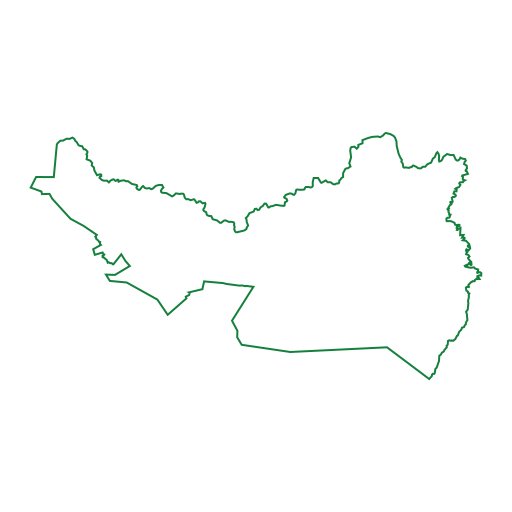 Masinga, Eastern, Kenya (Albers equal-area conic projection)
{"feature_id": "3690345B51887825082332", "entity_name": "Masinga", "entity_type": "district", "adm_level": 2, "iso_a3": "KEN", "parent_name": "Kenya", "parent_adm1": "Eastern", "projection": "albers", "projection_center": [37.619, -0.95], "detail": "fine", "context": "isolated", "style": "outline", "palette": "green", "viewbox_px": 512, "rotation_deg": 0, "n_neighbors": 0, "source": "geoboundaries", "source_scale": "gbopen_adm2", "svg_char_len": 6080}
<svg xmlns="http://www.w3.org/2000/svg" viewBox="0 0 512 512"><path d="M60.3,140.7L57.4,143.4L56.8,144.8L53.8,177.1L36.1,177.0L30.7,187.6L41.4,191.5L42.0,194.1L49.5,193.9L52.2,198.7L70.5,218.8L83.6,225.9L96.8,234.9L95.3,236.7L96.1,237.5L96.1,238.7L98.5,240.8L99.2,242.0L100.1,242.1L99.9,243.8L100.9,244.9L93.2,249.2L94.8,254.8L102.6,252.5L103.1,253.8L104.3,254.5L103.3,255.9L102.6,255.9L102.6,257.2L104.0,257.7L106.8,260.1L107.7,262.7L108.7,262.2L109.8,263.1L111.6,263.1L112.8,264.3L113.4,264.3L121.3,254.3L125.3,260.8L129.8,266.0L115.0,274.9L106.0,274.6L109.8,280.9L126.7,282.5L157.4,299.6L167.7,314.8L186.4,298.4L185.8,296.7L189.1,295.0L189.8,292.6L189.2,292.3L202.4,289.2L204.1,281.4L223.2,283.1L226.2,283.9L239.2,285.6L242.2,285.5L245.6,286.2L246.1,285.9L253.4,286.8L232.0,320.7L237.4,330.8L237.2,337.3L241.7,344.8L290.3,352.0L387.0,347.3L429.2,379.0L431.8,376.1L432.1,374.5L432.8,373.8L434.1,373.9L434.7,373.2L435.4,368.9L436.7,367.6L439.0,361.0L439.3,355.7L440.8,354.7L441.8,352.8L443.7,351.5L444.6,349.8L446.8,347.2L446.6,345.8L447.7,344.7L448.0,340.9L449.2,340.3L450.9,340.8L451.7,340.4L453.0,340.9L455.3,339.1L456.9,335.9L457.8,335.5L459.1,331.9L461.4,329.5L461.9,327.7L464.0,327.1L464.8,325.2L465.8,324.4L465.9,322.6L467.4,320.1L466.8,313.7L466.1,311.8L467.7,309.7L468.4,302.8L468.0,301.0L468.9,297.0L468.7,295.4L469.4,293.5L468.0,292.8L467.9,291.6L466.4,290.6L465.9,287.7L466.4,287.1L467.2,286.9L468.8,287.1L468.9,286.4L468.3,285.3L468.5,284.8L471.4,281.9L472.3,281.7L472.6,281.2L474.6,281.2L475.0,279.9L476.4,279.0L479.5,279.0L478.5,277.3L477.3,277.2L477.4,276.1L479.7,275.3L481.2,275.6L481.3,273.1L479.9,272.1L477.4,272.9L477.2,272.2L478.0,271.1L478.2,269.5L475.2,268.6L473.9,267.3L470.6,267.8L467.6,267.2L467.4,266.4L465.9,266.9L465.2,266.5L464.8,265.8L469.1,263.8L469.1,262.9L469.6,262.6L470.3,264.6L470.9,265.1L471.5,264.8L471.3,262.0L468.7,259.3L468.0,257.9L469.5,256.5L468.3,254.9L466.1,254.2L466.5,252.8L467.5,251.8L467.4,251.2L466.0,250.7L466.1,249.9L466.5,249.3L468.6,250.3L470.2,248.4L469.8,246.2L469.3,245.8L468.3,246.9L467.8,246.4L467.9,245.6L469.3,244.7L469.2,244.1L466.0,240.8L462.8,240.3L464.4,238.8L464.6,237.9L464.2,237.6L462.0,237.7L463.5,235.0L460.1,235.2L460.5,228.0L458.9,228.5L457.5,230.0L456.9,229.9L457.2,229.1L457.2,228.3L456.6,228.0L456.9,226.5L459.5,226.0L459.5,225.0L458.8,224.7L456.7,225.1L455.1,224.7L454.5,222.8L450.9,221.1L446.7,221.1L446.3,219.0L447.2,217.8L449.4,217.6L450.5,214.7L449.2,214.6L449.3,213.7L448.4,211.8L448.7,210.6L447.5,209.3L447.7,208.7L448.6,209.0L449.0,208.5L448.6,207.9L448.8,206.9L450.1,204.9L451.2,204.5L451.6,203.8L450.3,202.6L450.5,201.9L452.2,202.1L452.7,201.7L451.8,197.8L452.8,197.0L454.3,197.0L455.7,196.1L455.8,195.2L455.3,194.6L453.5,193.6L454.4,191.3L456.5,191.3L456.7,189.5L455.3,188.8L456.5,187.9L459.0,187.1L460.4,184.9L459.3,183.6L459.5,182.7L460.2,182.3L462.9,182.2L463.5,181.1L464.9,180.3L463.1,179.7L462.7,179.1L463.0,177.0L462.0,176.1L462.3,175.5L467.9,173.9L466.7,171.2L465.8,171.0L465.6,170.3L467.0,168.3L466.7,165.6L464.0,164.0L464.7,161.9L465.8,160.6L465.1,159.0L462.5,158.7L460.4,157.6L459.4,159.5L457.8,160.6L456.8,160.4L455.7,159.5L453.6,155.0L450.7,155.1L447.1,154.0L443.3,156.9L442.2,159.6L440.9,161.0L439.3,161.5L438.9,160.2L439.1,156.0L438.6,153.9L437.4,152.2L436.3,153.4L434.8,157.1L432.9,158.6L431.1,162.6L427.4,164.2L425.3,166.7L422.7,166.8L421.2,168.2L419.5,168.4L417.9,168.1L416.3,166.8L413.3,165.5L412.8,165.6L411.6,167.1L410.4,167.1L409.2,167.9L405.4,167.4L404.2,167.7L403.3,167.1L402.8,163.7L401.3,161.6L401.9,160.0L400.2,157.3L398.5,153.4L396.7,145.8L396.5,141.6L395.1,137.7L393.6,135.9L390.3,134.1L386.0,133.0L384.7,133.6L382.9,135.6L380.2,137.2L377.9,136.5L376.3,136.6L372.1,136.9L368.1,138.0L362.5,140.1L362.5,143.3L358.3,144.9L358.4,146.9L356.7,148.7L354.5,146.7L351.7,147.0L350.7,147.8L350.2,150.6L351.1,157.3L349.3,163.2L350.5,166.5L347.9,168.2L346.3,168.4L345.3,169.0L343.1,173.2L343.1,177.0L341.5,178.0L340.4,179.7L339.4,180.4L339.1,182.7L338.5,183.4L336.5,183.5L334.9,184.4L333.2,184.2L330.7,182.3L327.6,182.2L325.8,180.4L321.6,182.8L320.9,182.6L318.1,178.0L313.7,178.0L312.7,182.3L312.8,186.0L311.9,187.1L310.7,187.5L308.4,187.0L305.9,187.0L305.0,187.8L304.5,189.3L303.8,189.6L300.4,189.8L297.0,189.5L296.2,189.9L295.3,193.5L294.1,194.8L293.1,194.7L291.8,193.7L289.9,193.4L285.7,194.9L284.1,197.1L284.5,197.8L286.5,198.8L287.3,200.5L286.7,201.4L285.0,202.2L284.5,205.6L283.9,205.9L280.5,205.6L276.0,204.8L272.5,206.1L270.6,206.3L269.0,207.5L268.2,207.4L266.2,203.7L264.5,203.6L262.7,206.1L260.7,207.2L259.2,209.7L257.7,210.1L256.3,208.7L254.8,209.0L253.6,211.6L249.5,213.1L247.6,216.3L245.8,218.1L246.5,219.3L246.7,221.9L248.1,225.5L246.8,227.5L246.3,229.2L244.2,230.5L236.9,232.3L235.9,232.2L234.8,231.0L234.2,228.9L234.7,226.9L234.0,225.2L234.3,223.8L233.9,222.5L231.8,221.8L229.0,221.9L225.3,220.3L223.9,220.7L221.1,222.8L220.0,222.8L217.0,220.4L212.7,219.2L211.3,216.1L208.9,215.9L207.4,215.3L206.7,214.5L206.2,212.2L204.1,211.1L203.3,210.0L203.6,208.8L204.5,207.6L205.5,203.9L205.0,202.9L202.5,203.3L200.4,201.3L198.8,201.3L198.0,202.3L196.6,202.8L194.4,199.4L193.6,199.3L190.7,200.2L188.2,199.1L186.3,199.3L184.7,197.6L184.0,194.7L183.3,193.8L181.1,193.6L179.9,194.0L175.9,193.4L173.5,195.7L172.1,196.4L166.4,193.1L162.1,192.7L161.2,192.0L160.9,190.8L162.0,188.8L163.4,187.6L162.0,185.0L159.4,184.9L155.9,185.8L152.7,188.7L151.3,189.2L149.4,188.1L146.6,188.5L144.8,187.9L143.2,186.1L142.5,186.3L139.9,189.7L139.0,190.0L137.3,189.1L136.5,188.1L136.4,187.4L137.3,186.2L136.7,185.0L132.0,184.0L127.9,181.1L126.2,181.3L124.1,180.3L120.9,180.7L118.6,181.7L118.3,179.8L117.4,179.7L116.2,180.8L115.4,180.9L114.0,179.5L113.1,179.3L110.5,180.6L108.9,182.4L107.0,180.6L103.8,180.7L101.9,180.0L99.5,177.8L99.9,176.7L101.3,176.1L101.2,174.6L100.0,174.3L97.0,175.2L94.4,170.5L93.9,167.5L91.7,165.4L92.2,163.0L90.3,160.7L86.6,159.3L87.2,155.6L86.4,154.3L87.4,152.7L87.4,151.5L85.4,149.4L83.8,149.3L82.2,146.3L79.4,145.7L78.4,145.0L76.7,142.1L75.1,140.6L74.4,138.9L72.4,137.6L69.6,138.9L66.5,138.7L63.1,140.6L60.3,140.7Z" fill="none" stroke="#15803d" stroke-width="2"/></svg>